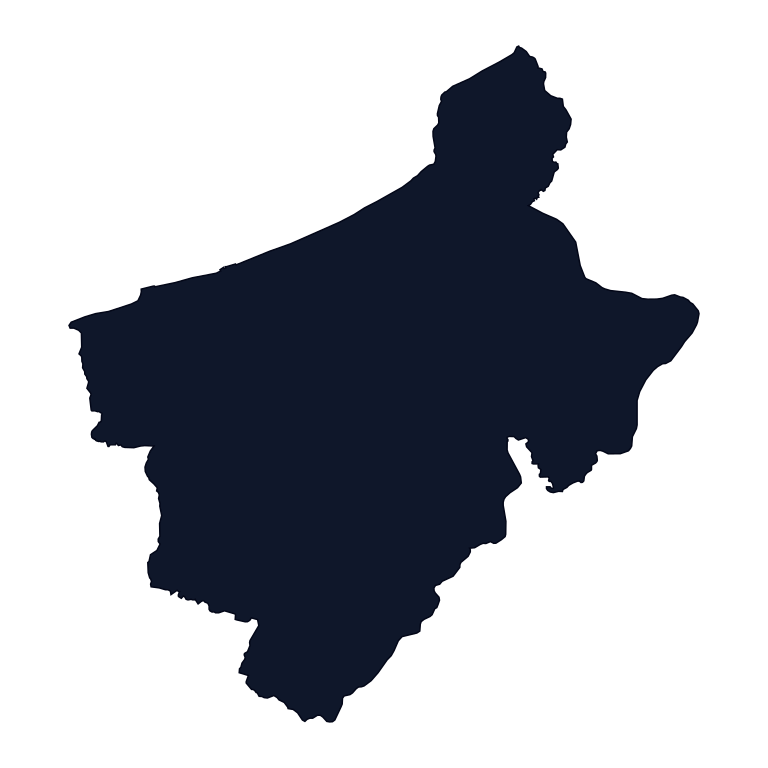 the district of San Juan De Urabá, Antioquia, Colombia
{"feature_id": "7082276B41471862384078", "entity_name": "San Juan De Urabá", "entity_type": "district", "adm_level": 2, "iso_a3": "COL", "parent_name": "Colombia", "parent_adm1": "Antioquia", "projection": "orthographic", "projection_center": [-76.53, 8.711], "detail": "fine", "context": "isolated", "style": "filled", "palette": "ink", "viewbox_px": 768, "rotation_deg": 0, "n_neighbors": 0, "source": "geoboundaries", "source_scale": "gbopen_adm2", "svg_char_len": 6055}
<svg xmlns="http://www.w3.org/2000/svg" viewBox="0 0 768 768"><path d="M273.9,695.5L277.2,697.6L279.0,699.9L284.2,702.4L287.7,707.1L288.1,708.6L293.1,709.4L297.6,712.8L302.4,720.0L304.9,721.4L307.1,719.3L309.8,718.2L312.7,718.2L317.5,715.2L320.4,715.3L322.9,717.1L326.8,721.4L329.6,721.9L332.5,721.7L334.8,720.0L341.1,706.7L342.2,704.0L342.5,698.2L344.2,695.9L350.0,694.6L352.5,692.9L356.2,688.7L358.5,687.0L361.4,686.8L364.1,685.9L371.1,680.7L378.0,672.8L387.1,659.9L391.2,655.7L394.1,650.5L398.3,640.8L402.1,636.6L416.9,633.0L419.8,631.1L420.3,624.2L421.2,621.6L424.1,619.3L430.0,616.5L432.1,614.7L434.8,608.7L436.8,607.6L438.0,604.6L439.5,600.2L439.0,597.2L435.2,592.9L434.1,590.8L433.9,588.0L435.5,585.4L439.7,584.2L442.1,581.3L453.1,576.2L459.8,567.4L459.9,564.7L460.9,562.4L468.1,556.3L470.3,551.9L470.3,549.7L469.5,548.2L474.7,547.7L480.1,544.5L483.0,543.3L485.9,543.5L490.4,541.6L493.7,543.3L495.9,543.2L501.4,539.7L505.1,536.6L505.7,534.3L505.9,521.3L503.2,505.3L503.2,502.3L504.0,499.2L505.6,496.7L509.9,492.8L517.5,487.7L521.3,483.0L520.6,476.9L519.5,474.2L508.0,452.9L507.1,449.8L507.2,441.1L507.8,441.1L508.0,439.9L506.9,438.1L507.4,437.0L509.5,436.4L514.2,436.6L515.9,438.4L518.4,440.0L525.7,437.6L528.0,439.1L528.6,440.8L528.1,442.1L525.9,443.9L526.6,446.8L532.0,452.7L531.5,456.6L533.0,460.6L532.1,461.8L532.1,463.5L533.3,463.9L538.5,463.9L538.1,465.4L538.4,467.8L540.9,469.5L540.4,473.5L539.4,474.3L539.4,476.2L540.3,477.1L548.2,476.9L549.2,478.1L548.6,480.6L549.2,481.4L551.0,481.4L552.5,483.5L553.4,487.2L553.1,488.4L551.5,488.4L550.1,486.8L546.5,486.8L546.5,488.6L547.7,490.4L550.3,492.0L553.4,492.6L558.6,491.3L562.4,491.5L563.0,489.5L566.9,487.4L568.7,485.4L573.0,482.9L577.6,481.1L579.4,481.1L581.0,482.5L582.5,482.3L583.8,480.9L584.4,476.3L585.6,474.4L587.2,472.6L591.1,470.3L591.5,469.4L591.5,465.3L595.6,463.0L596.9,461.5L597.3,460.4L596.9,456.1L595.5,453.7L597.2,450.7L600.2,450.4L603.0,451.2L608.2,453.8L620.3,453.7L628.5,450.8L630.4,448.5L631.7,446.0L632.4,436.7L636.4,428.6L637.1,425.0L637.1,400.5L639.7,391.6L645.8,379.9L653.3,370.3L657.6,366.6L662.6,363.7L665.6,363.5L670.8,360.8L681.5,346.6L684.6,341.7L692.1,333.0L696.5,324.8L697.5,322.0L699.0,313.7L698.3,310.9L692.8,304.0L690.1,302.4L688.3,300.2L683.1,297.4L680.3,297.0L674.7,294.8L671.7,295.2L662.7,298.3L656.8,299.1L647.8,299.2L642.0,298.6L631.8,293.3L625.5,292.2L610.6,290.6L604.8,288.9L602.0,287.6L595.8,282.8L586.0,278.7L584.8,277.3L580.2,265.5L575.7,242.1L562.9,223.8L556.6,219.3L542.6,213.2L528.3,205.6L530.5,204.3L532.4,201.6L534.4,200.7L533.8,198.8L535.3,198.2L536.6,199.2L537.3,197.5L538.8,197.2L538.2,195.8L539.0,194.9L538.0,192.7L539.6,190.5L540.7,190.3L541.2,189.6L543.3,191.3L544.9,190.5L545.3,188.0L548.2,186.3L549.9,182.8L551.7,181.0L554.2,172.0L557.5,169.4L558.3,168.1L557.8,163.8L557.0,163.7L555.9,162.1L553.8,162.3L552.4,161.3L552.0,158.4L553.5,156.9L552.7,154.4L557.2,149.7L560.8,149.9L564.9,147.2L565.8,143.9L567.3,142.0L566.3,137.2L566.6,132.1L569.1,128.9L570.6,124.5L571.1,119.1L566.0,109.9L563.3,106.4L562.4,99.1L560.0,98.3L557.4,98.3L550.7,95.7L544.7,90.5L543.5,83.9L543.8,81.6L545.6,77.6L545.7,73.1L545.1,71.9L543.1,71.6L542.0,68.9L537.8,67.8L538.1,66.5L535.2,59.0L534.5,58.2L532.7,57.1L529.6,56.4L526.3,51.6L521.6,48.1L519.4,47.4L518.7,46.1L516.9,46.9L514.2,52.7L512.0,54.6L499.3,62.0L482.1,71.0L469.5,78.8L452.7,86.3L446.4,91.7L444.8,92.1L441.7,95.1L441.0,97.0L440.8,99.3L441.5,101.4L439.3,105.5L437.4,113.7L437.5,115.6L438.6,117.2L438.8,122.9L437.7,125.0L433.9,128.6L433.0,131.3L433.1,136.4L435.1,148.0L434.1,150.0L434.1,151.7L435.7,154.4L436.0,156.1L435.3,161.4L433.8,164.2L429.5,165.1L427.6,166.3L421.2,171.6L417.5,175.7L413.4,178.1L410.8,180.9L402.2,187.3L377.0,201.5L364.5,207.9L354.1,214.6L339.3,222.3L290.6,243.8L270.0,251.1L235.3,265.2L235.8,264.7L235.5,264.0L226.4,266.7L225.3,266.7L225.7,268.1L224.1,268.7L223.5,267.4L220.0,269.7L220.7,271.0L216.3,273.2L192.3,277.8L175.2,282.6L154.6,286.9L154.5,286.1L153.3,286.1L141.2,289.1L141.3,291.8L140.6,295.2L137.9,300.8L131.4,304.0L108.5,311.5L95.7,313.6L85.0,316.8L71.2,322.2L69.0,325.4L70.1,328.1L73.8,328.1L78.6,330.2L81.4,333.0L81.7,347.2L79.0,353.9L81.2,355.8L81.8,357.4L81.9,361.3L82.9,363.8L82.6,367.8L84.7,371.5L84.8,374.1L86.7,376.7L86.9,378.7L88.6,381.2L88.5,382.8L86.9,388.3L90.6,393.0L91.1,394.5L89.8,398.1L91.2,410.1L91.9,410.9L94.9,410.8L97.7,411.7L99.3,411.5L100.2,412.5L101.7,413.1L102.1,414.1L101.6,414.9L101.3,420.8L100.3,422.1L99.1,422.3L97.4,425.7L92.4,430.6L91.7,432.0L91.4,434.2L91.9,437.4L93.1,438.5L94.0,438.4L94.3,439.3L95.3,439.2L95.6,440.2L96.4,440.8L98.9,441.5L100.2,441.2L100.9,441.8L103.4,441.9L104.9,440.9L106.3,441.7L108.0,446.4L108.9,446.5L110.1,444.8L115.4,444.8L115.9,443.3L116.5,443.2L118.4,445.5L120.8,444.9L122.3,446.7L124.7,447.4L133.9,447.7L140.6,446.0L144.8,445.6L154.0,446.0L150.3,451.1L147.8,457.0L148.4,459.3L146.3,463.0L145.0,467.1L145.3,471.5L147.7,476.6L148.6,477.0L149.3,479.7L153.9,483.9L157.3,487.8L156.6,490.9L158.4,492.4L159.3,494.9L158.6,498.5L160.0,503.4L159.8,506.2L161.7,515.5L159.6,523.5L159.9,536.2L158.2,539.1L158.3,541.6L160.1,544.0L156.9,550.5L150.5,554.7L149.0,561.5L147.8,562.5L148.2,572.7L149.7,577.9L150.7,579.0L151.5,581.4L150.6,584.1L151.1,586.8L159.3,587.9L165.3,589.7L168.2,589.8L170.4,591.1L171.0,594.6L177.1,590.3L178.5,591.5L179.6,591.6L178.3,595.0L178.5,596.5L181.3,598.3L183.4,596.0L184.9,597.1L186.1,599.3L188.0,599.9L191.2,599.3L192.3,599.8L194.4,599.9L195.1,599.3L198.1,603.9L201.3,601.4L203.0,600.6L203.9,600.9L204.8,602.0L207.8,603.2L209.1,605.9L209.1,609.3L210.0,610.9L212.0,612.0L214.2,611.9L215.5,612.8L218.7,612.8L224.5,610.8L235.0,613.9L235.5,614.9L235.2,619.4L236.8,619.9L245.2,621.8L247.5,621.7L249.8,620.3L251.4,617.9L257.6,619.6L258.8,625.6L250.0,640.6L249.6,642.6L250.0,645.5L247.5,651.7L244.5,653.5L244.2,654.9L245.2,657.5L244.7,659.4L242.0,663.1L240.9,667.3L239.5,668.8L239.2,672.7L248.4,675.5L246.2,681.7L246.2,683.0L251.5,689.4L253.2,689.5L254.7,690.5L256.1,692.5L257.3,692.9L259.1,696.3L262.0,696.5L264.1,697.6L267.4,698.0L273.9,695.5Z" fill="#0f172a" stroke="#020617" stroke-width="1.5"/></svg>